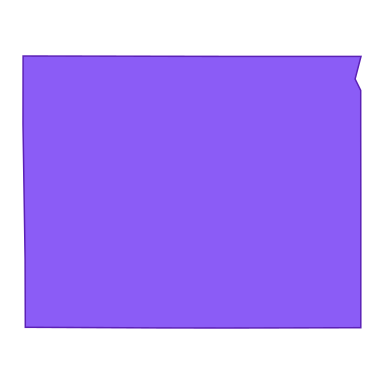 outline of Saline, Kansas, United States of America
{"feature_id": "52423323B92463309420457", "entity_name": "Saline", "entity_type": "district", "adm_level": 2, "iso_a3": "USA", "parent_name": "United States of America", "parent_adm1": "Kansas", "projection": "mercator", "projection_center": [-97.646, 38.784], "detail": "fine", "context": "isolated", "style": "filled", "palette": "violet", "viewbox_px": 384, "rotation_deg": 0, "n_neighbors": 0, "source": "geoboundaries", "source_scale": "gbopen_adm2", "svg_char_len": 301}
<svg xmlns="http://www.w3.org/2000/svg" viewBox="0 0 384 384"><path d="M23.0,124.1L25.1,259.6L25.3,327.3L159.6,327.9L226.7,328.0L360.8,327.7L360.8,192.4L360.7,124.3L360.7,90.4L355.1,79.0L361.0,56.4L226.4,56.4L23.1,56.0L23.0,124.1L23.0,124.1Z" fill="#8b5cf6" stroke="#5b21b6" stroke-width="1.5"/></svg>